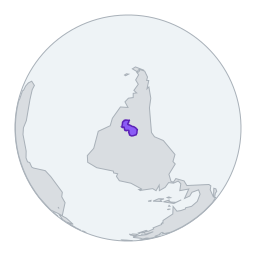 globe centered on Paraguay, rotated 176°
{"feature_id": "PRY", "entity_name": "Paraguay", "entity_type": "country or territory", "adm_level": 0, "iso_a3": "PRY", "parent_name": "South America", "parent_adm1": "", "projection": "orthographic", "projection_center": [-57.583, -23.42], "detail": "fine", "context": "on_globe", "style": "filled", "palette": "violet", "viewbox_px": 256, "rotation_deg": 176, "n_neighbors": 0, "source": "natural_earth", "source_scale": "50m", "svg_char_len": 5890}
<svg xmlns="http://www.w3.org/2000/svg" viewBox="0 0 256 256"><g transform="rotate(176 128 128)"><circle cx="128" cy="128" r="113" fill="#eef3f6" stroke="#a8b0b8"/><path d="M97.6,19.5L95.3,20.2L93.0,21.0L101.1,19.9L100.0,20.8L101.2,21.5L103.4,20.5L103.3,19.7L107.8,18.4L107.2,17.9L108.9,17.5L109.7,17.0L113.4,16.5L116.7,16.4L116.2,16.8L117.6,16.9L121.2,16.2L123.4,17.2L130.1,18.4L130.3,18.9L124.9,19.9L117.0,20.3L110.0,22.8L118.4,20.7L118.7,22.6L120.3,22.9L122.6,22.7L124.1,21.9L125.0,22.6L116.9,24.6L116.0,24.0L118.6,23.3L114.8,23.6L109.4,25.5L109.9,26.6L101.2,29.4L101.5,30.3L99.7,31.6L99.9,29.9L99.5,33.3L89.3,39.1L88.5,46.6L85.0,41.6L81.2,41.9L76.4,43.2L76.1,44.4L70.1,45.4L64.0,49.9L60.7,57.0L61.9,61.4L68.7,59.4L71.2,55.8L76.5,53.8L71.6,62.9L80.7,61.9L79.2,68.7L81.6,71.6L86.4,69.8L91.3,70.7L95.1,66.2L101.1,63.3L100.9,68.8L104.4,63.5L107.6,65.8L119.7,64.9L118.7,66.2L128.9,72.7L140.3,76.0L142.9,80.5L141.5,83.1L145.5,84.2L145.6,86.0L162.0,90.6L170.6,96.6L170.5,103.3L163.6,110.1L157.9,126.8L145.6,131.5L142.9,138.8L134.1,149.5L126.6,148.5L129.2,154.3L125.5,157.7L120.7,158.0L120.4,162.2L116.9,162.4L119.5,165.1L114.7,170.9L117.0,175.4L113.7,180.3L115.4,183.0L113.8,183.0L112.4,184.2L112.6,185.7L107.4,183.6L105.0,177.5L106.1,174.2L104.0,173.9L106.3,165.8L104.3,167.5L103.2,156.1L105.2,146.7L104.9,121.8L102.2,117.4L93.6,113.0L83.0,98.3L85.5,91.4L83.4,88.8L90.4,79.0L88.8,71.6L86.4,70.9L83.8,74.2L75.8,71.3L73.3,66.5L51.2,66.0L49.4,64.5L50.3,60.6L47.5,52.9L46.6,61.9L44.6,61.2L43.9,58.6L45.4,56.9L46.5,52.7L45.4,52.6L49.0,47.7L51.3,45.6L58.0,39.7L65.2,34.5L72.9,29.8L80.8,25.7L89.1,22.3L97.6,19.5ZM87.5,49.5L97.8,51.9L91.5,53.4L92.8,52.4L90.2,51.1L85.4,50.5L79.9,52.6L87.5,49.5ZM93.2,44.2L91.3,44.2L93.2,43.9L93.2,44.2ZM107.5,17.4L108.6,17.2L107.9,17.3L107.5,17.4ZM106.9,17.4L105.4,17.7L104.8,17.8L105.8,17.6L106.9,17.4ZM107.8,17.2L108.9,17.0L104.1,17.9L103.2,18.1L107.8,17.2ZM116.3,188.4L108.0,184.5L112.5,186.2L114.9,183.5L119.5,186.7L116.3,188.4ZM123.6,181.7L126.8,180.3L127.8,181.1L125.8,182.2L123.6,181.7ZM201.4,42.6L199.7,41.4L202.4,45.9L200.1,45.1L195.7,42.3L189.4,35.7L195.3,38.3L193.1,36.4L187.4,32.6L189.7,33.9L188.1,32.8L189.8,33.8L201.4,42.6ZM235.2,162.6L233.9,164.7L230.7,172.4L229.5,173.0L227.2,177.0L224.3,179.9L220.8,181.4L218.4,177.0L220.9,172.9L223.8,163.3L228.9,142.4L232.3,135.5L233.2,128.8L231.2,112.1L231.8,105.3L230.6,101.3L228.5,100.4L226.8,95.8L225.2,94.7L213.5,91.2L208.3,84.7L198.0,68.5L198.9,64.0L196.0,57.9L199.7,45.1L203.8,47.7L210.5,51.4L211.9,52.9L214.8,56.5L221.2,64.7L225.3,71.3L229.1,78.3L232.3,85.5L235.0,92.9L237.2,100.4L238.9,108.1L240.0,115.9L240.6,123.8L240.6,131.6L240.1,139.5L239.0,147.3L237.4,155.0L235.2,162.6ZM202.4,52.4L203.2,53.9L203.2,54.0L202.4,52.4ZM120.1,64.8L121.5,65.9L119.6,65.9L120.1,64.8ZM90.3,55.5L92.6,55.3L93.8,55.9L92.0,56.4L90.3,55.5ZM110.3,53.3L113.1,53.6L110.1,54.2L110.3,53.3ZM99.5,52.3L108.1,53.3L102.4,55.3L97.0,54.8L100.8,53.9L99.5,52.3ZM91.6,47.0L93.0,47.1L92.4,48.0L91.6,47.0ZM94.5,44.0L93.9,44.1L93.3,43.6L94.5,44.0ZM119.1,22.5L119.8,22.3L122.0,22.3L120.8,22.7L119.1,22.5ZM132.9,21.0L134.1,22.2L132.4,21.4L130.9,22.0L125.6,21.3L130.1,19.2L129.0,20.2L132.9,21.0ZM119.7,20.3L122.6,20.6L119.2,20.3L119.7,20.3ZM177.3,26.7L179.4,27.8L180.9,28.6L179.4,28.1L177.3,26.8L177.3,26.7ZM187.7,32.5L184.7,30.9L184.9,30.9L182.9,29.7L182.2,29.3L187.7,32.5ZM124.3,15.4L122.7,15.5L119.9,15.7L124.3,15.4ZM119.8,15.7L121.8,15.7L118.3,15.9L120.1,16.0L113.7,16.3L110.7,16.7L114.8,16.1L115.1,16.1L119.8,15.7ZM142.4,16.3L141.2,16.3L141.8,16.8L136.9,16.2L133.2,15.6L131.2,15.4L142.4,16.3ZM205.6,46.4L205.9,46.6L208.5,49.3L207.8,48.6L205.6,46.4ZM204.8,45.6L205.7,46.4L204.2,45.1L204.0,44.9L204.8,45.6ZM228.0,179.9L228.1,179.7L228.0,179.9Z" fill="#d9dde1" stroke="#a8b0b8" stroke-width="1"/><path d="M126.9,121.6L127.0,121.7L127.0,121.9L127.1,122.0L127.2,122.3L127.3,122.6L127.4,122.8L127.4,123.0L127.5,123.1L127.6,123.5L127.4,123.8L127.5,123.9L127.4,124.1L127.4,124.3L127.4,124.5L127.3,124.8L127.4,125.0L127.3,125.3L127.5,125.5L127.7,125.4L127.9,125.5L128.0,125.6L128.3,125.6L128.5,125.6L128.8,125.6L129.0,125.7L129.3,125.7L129.5,125.7L129.8,125.6L129.9,125.4L130.1,125.4L130.2,125.6L130.4,125.7L130.5,125.8L130.8,125.8L131.1,125.8L131.3,126.0L131.4,126.4L131.5,126.5L131.5,126.8L131.5,127.0L131.6,127.4L131.7,127.5L131.7,127.8L131.7,128.0L131.7,128.3L131.8,128.6L131.8,128.8L131.9,129.1L132.0,129.2L132.3,129.2L132.5,129.2L132.8,129.1L133.0,129.0L133.1,128.9L133.3,128.8L133.5,128.9L133.6,129.0L133.8,129.1L134.0,129.3L133.9,129.3L133.9,129.5L133.9,129.8L133.8,130.2L133.7,130.9L133.6,131.3L133.5,131.6L133.3,132.0L133.3,132.3L133.2,133.1L133.1,133.7L133.0,134.2L132.8,134.4L132.7,134.4L132.6,134.5L132.4,134.8L132.2,135.0L131.9,135.0L131.7,135.2L131.6,135.3L131.5,135.5L131.4,135.8L131.1,135.9L130.8,135.7L130.6,135.7L130.3,135.8L130.2,135.9L130.1,136.1L129.9,136.0L129.7,136.0L129.4,136.0L129.2,135.9L128.8,136.0L128.3,135.9L127.6,135.7L127.0,135.6L126.2,135.7L126.1,135.4L126.3,135.2L126.5,134.9L126.7,134.7L126.8,134.6L126.8,134.4L126.9,134.2L126.9,133.8L126.9,133.7L127.0,133.6L127.1,133.4L127.4,133.2L127.5,133.1L127.5,132.9L127.6,132.6L127.7,132.4L127.9,132.3L128.0,132.2L128.0,131.9L127.9,131.8L127.6,131.4L127.3,131.2L127.0,131.1L126.8,131.0L126.7,131.1L126.5,130.9L126.3,130.8L126.0,130.7L125.1,130.3L124.8,130.1L124.7,129.9L124.4,129.7L123.9,129.4L123.5,129.2L123.2,129.2L122.8,129.1L122.1,128.9L121.8,128.7L121.7,128.5L121.5,128.4L121.1,128.2L120.9,128.0L120.8,127.9L120.6,127.8L120.4,127.6L120.1,127.4L119.9,127.0L119.6,126.5L119.3,126.2L119.0,126.1L118.8,125.9L118.8,125.7L118.9,125.3L119.1,124.8L119.2,124.2L119.4,123.5L119.4,123.0L119.4,122.5L119.6,122.1L119.8,121.8L120.0,121.5L120.2,121.0L120.3,120.7L120.7,120.6L121.5,120.4L121.9,120.3L122.7,120.1L123.5,119.9L124.4,119.9L125.2,119.9L125.9,120.3L126.3,120.6L126.9,120.9L126.9,121.0L127.0,121.3L126.9,121.6Z" fill="#8b5cf6" stroke="#5b21b6" stroke-width="1.5"/></g></svg>